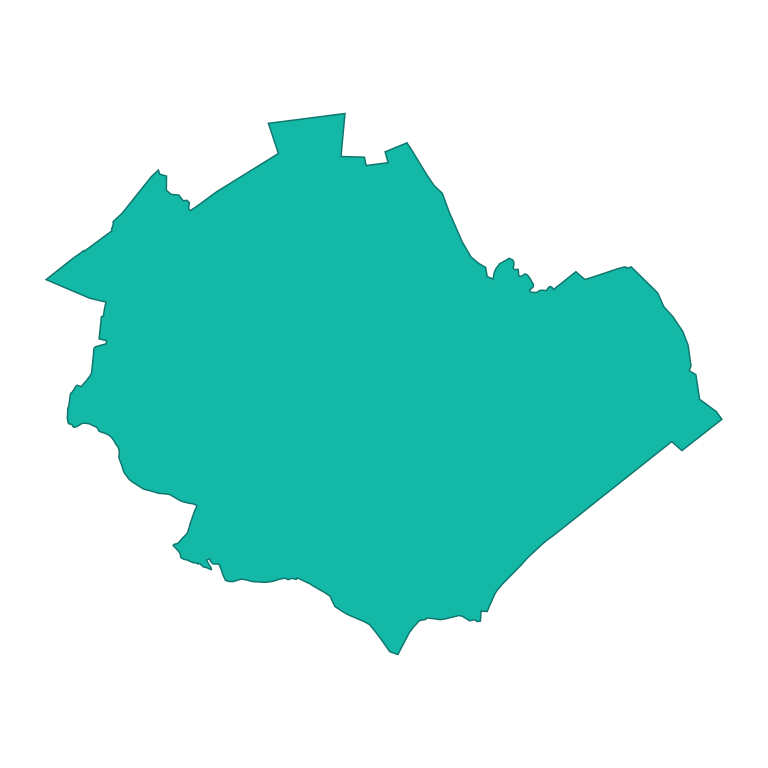 Dobreni, Neamt, Romania (Albers equal-area conic projection)
{"feature_id": "2599482B23692151151374", "entity_name": "Dobreni", "entity_type": "district", "adm_level": 2, "iso_a3": "ROU", "parent_name": "Romania", "parent_adm1": "Neamt", "projection": "albers", "projection_center": [26.4, 46.994], "detail": "fine", "context": "isolated", "style": "filled", "palette": "teal", "viewbox_px": 768, "rotation_deg": 0, "n_neighbors": 0, "source": "geoboundaries", "source_scale": "gbopen_adm2", "svg_char_len": 6003}
<svg xmlns="http://www.w3.org/2000/svg" viewBox="0 0 768 768"><path d="M716.3,411.6L699.6,399.3L695.9,374.7L689.2,370.7L691.0,365.9L688.1,345.2L682.8,331.5L672.8,316.6L663.8,306.7L657.7,292.9L631.2,266.9L626.9,268.3L626.2,267.2L624.1,267.0L621.6,267.8L618.5,268.5L593.6,276.8L585.1,279.5L582.9,277.8L579.9,275.4L575.9,271.7L553.6,289.5L552.2,287.6L550.3,286.5L548.7,287.4L547.6,288.7L546.8,290.7L544.8,290.4L541.8,290.2L539.4,290.5L537.9,291.8L535.8,292.7L534.7,292.4L533.3,292.2L532.2,292.4L530.7,292.0L529.6,289.9L531.7,288.4L533.3,286.7L533.5,284.5L532.5,283.1L530.4,279.0L527.7,275.3L526.7,274.5L525.8,274.2L525.0,274.1L524.1,274.3L523.6,274.7L522.8,275.5L521.0,276.4L519.8,276.1L518.7,275.3L518.2,269.4L514.4,269.6L513.5,268.7L513.3,267.2L513.8,265.4L513.9,262.2L512.8,260.1L509.2,258.3L499.5,263.9L495.8,268.9L494.2,272.6L493.1,279.1L490.2,277.8L487.2,276.7L485.6,267.4L482.4,265.5L479.0,263.6L471.1,257.1L462.2,241.9L448.9,211.3L442.3,193.3L434.1,185.6L427.0,175.1L410.0,147.3L407.9,144.5L407.1,142.8L385.1,151.8L388.1,162.7L366.2,165.5L364.4,157.2L341.0,156.5L345.0,113.5L268.4,123.3L278.4,153.5L216.7,191.7L198.1,205.4L190.4,210.6L188.6,208.5L189.4,202.7L186.8,200.3L183.3,200.8L178.7,195.0L171.4,194.4L166.4,190.4L166.5,176.1L159.7,174.2L158.4,170.1L151.2,176.8L122.1,213.3L113.1,221.6L113.3,223.9L112.6,226.4L111.6,229.0L111.8,230.9L83.9,251.5L83.6,250.8L72.4,258.8L46.1,279.6L72.3,290.8L89.5,298.2L106.0,302.1L104.6,308.3L103.3,316.3L101.4,316.7L99.1,338.9L101.5,339.5L106.6,340.6L106.2,343.7L105.7,344.0L102.1,344.9L95.9,346.7L94.7,347.4L93.9,348.9L93.6,351.5L93.6,352.9L92.0,369.2L91.4,373.4L89.8,376.3L88.7,377.5L87.2,379.6L86.1,381.3L84.6,382.5L81.4,386.6L77.3,385.3L75.7,386.5L73.7,389.8L73.4,390.3L72.4,391.8L72.1,392.2L70.8,393.3L70.4,394.2L68.9,405.2L68.7,406.2L67.7,408.6L67.7,409.6L67.7,410.9L67.6,413.4L67.5,414.8L67.5,415.5L67.5,415.8L67.4,416.6L67.5,416.8L67.4,417.1L67.2,417.6L67.9,421.2L68.1,422.3L68.1,422.7L68.2,422.9L68.4,423.3L68.7,423.6L68.9,423.8L69.3,423.9L70.0,424.1L70.9,424.2L71.5,424.3L71.9,424.5L72.1,425.0L72.4,425.7L72.6,426.0L73.1,426.6L73.4,426.9L73.7,427.1L74.4,427.2L74.9,427.1L76.1,426.8L77.3,426.3L81.5,423.8L82.3,423.5L82.8,423.3L83.9,423.2L84.3,423.2L85.2,423.2L88.4,423.7L89.8,424.0L93.3,425.8L95.1,426.5L95.7,426.8L96.4,427.2L96.9,427.7L97.5,428.4L98.3,429.7L98.8,430.7L98.9,431.0L99.4,431.3L100.5,431.8L105.3,433.4L106.6,434.0L108.3,434.8L109.0,435.2L109.6,435.6L110.8,436.7L111.8,437.8L113.1,439.6L114.4,441.4L114.6,441.9L115.1,443.0L115.7,443.9L117.1,445.8L117.8,446.9L118.2,447.4L118.6,448.3L118.9,449.4L119.0,450.1L119.1,450.7L119.3,452.4L119.3,453.0L119.3,453.6L119.2,454.2L119.1,454.7L119.0,455.5L118.9,456.9L118.9,457.5L119.1,458.3L120.4,461.9L120.8,462.6L120.9,463.1L122.1,466.5L122.3,466.8L122.5,467.5L122.7,468.5L123.1,470.0L123.5,471.1L124.4,473.0L125.2,474.1L126.3,475.3L126.9,476.1L127.9,477.8L128.5,478.5L129.5,479.7L130.7,480.7L132.5,482.1L133.4,482.7L134.8,483.5L137.3,485.2L138.3,485.8L140.0,486.8L141.2,487.7L143.0,488.7L143.8,489.1L144.7,489.4L151.8,491.2L153.3,491.7L158.4,493.2L159.4,493.4L161.0,493.5L162.8,493.7L164.3,493.8L166.7,494.0L168.3,494.3L170.1,494.7L170.8,495.1L171.5,495.6L172.8,496.4L173.6,496.7L175.9,498.2L180.1,500.5L182.0,501.4L183.3,501.8L185.6,502.3L188.1,503.1L191.1,503.5L193.2,503.9L195.0,504.6L196.9,505.5L196.3,507.4L194.9,510.1L193.5,513.9L192.7,516.4L192.5,516.8L191.7,519.4L191.0,521.2L189.8,524.9L189.2,527.5L188.8,528.6L188.4,529.7L188.2,530.7L188.0,531.3L187.9,531.8L187.4,532.8L187.1,533.1L186.5,534.1L185.5,535.2L184.6,536.0L182.7,538.0L182.1,538.6L179.8,541.3L178.5,542.7L178.2,543.0L177.4,543.4L176.0,543.9L175.0,544.1L174.1,544.4L173.8,544.6L173.5,544.9L173.3,545.1L173.2,545.3L173.2,545.5L173.3,545.7L174.4,546.7L176.4,548.9L178.0,550.6L178.8,551.6L179.2,552.2L179.5,552.7L180.2,554.1L180.4,554.7L180.5,554.9L180.5,555.3L180.5,556.1L180.5,556.6L180.7,557.2L180.9,557.5L181.5,558.0L182.0,558.4L183.1,558.9L184.0,559.3L184.8,559.5L186.1,559.7L187.3,560.0L188.1,560.4L189.0,560.9L190.0,561.3L191.8,562.1L193.4,562.7L193.8,562.8L194.7,562.7L195.5,562.9L195.9,563.0L196.8,563.1L197.0,563.2L197.2,563.3L197.5,563.6L197.7,564.0L197.9,564.1L198.2,564.0L198.4,563.8L198.7,563.6L199.4,563.6L199.7,563.7L200.1,563.8L200.4,564.1L200.7,564.4L202.4,566.1L202.7,566.4L203.3,566.8L203.8,567.0L204.9,567.3L206.3,567.5L207.6,568.0L208.6,568.6L209.2,568.9L210.3,569.3L211.4,569.5L211.3,568.9L211.1,568.3L210.8,567.5L210.6,567.0L209.5,565.2L209.0,564.5L207.3,561.5L206.6,560.1L208.2,559.4L209.2,559.0L209.9,559.2L210.2,560.8L212.1,563.2L212.8,563.7L213.6,564.0L215.4,564.1L218.8,564.0L219.5,565.5L220.2,567.1L221.6,570.7L221.9,571.6L222.4,573.5L223.1,575.3L223.8,576.9L224.2,577.7L225.5,580.3L226.1,580.5L227.8,581.2L228.7,581.4L229.6,581.5L231.3,581.6L233.0,581.5L235.0,581.0L237.5,580.3L240.5,579.2L241.0,579.2L242.3,579.3L245.4,579.7L247.5,580.2L250.1,581.0L252.3,581.5L253.1,581.6L257.1,581.9L260.0,582.0L262.1,582.1L263.8,582.3L266.7,582.2L267.7,582.1L269.5,581.8L271.9,581.5L276.3,580.3L277.6,579.8L279.7,579.1L281.7,578.8L283.4,578.5L284.7,578.4L285.5,578.3L285.9,578.4L286.6,578.8L287.5,579.5L287.9,579.7L288.1,579.7L290.7,578.7L291.4,578.5L292.0,578.4L292.9,578.6L295.3,579.2L296.4,579.3L296.7,578.9L296.7,578.7L296.7,578.2L296.8,578.1L296.9,577.9L297.1,577.9L297.5,578.0L298.6,578.4L300.7,579.5L301.7,579.9L310.9,584.3L311.7,584.7L311.9,585.3L323.9,592.1L330.0,596.1L334.8,606.4L342.6,611.6L347.8,614.6L364.4,621.7L369.8,624.8L376.7,633.4L380.5,638.5L389.8,651.7L397.9,654.5L409.7,631.9L411.0,630.6L412.6,628.1L419.5,620.5L425.6,619.5L427.0,617.9L436.0,619.0L440.3,619.7L445.3,618.9L459.0,615.5L462.2,616.2L469.7,620.8L474.0,619.7L475.7,620.3L476.9,621.5L480.4,621.1L481.1,611.1L487.1,611.5L488.6,608.2L489.4,606.1L491.5,601.5L494.6,594.4L496.9,590.7L502.1,584.4L521.4,564.8L525.6,560.0L527.7,557.7L530.1,555.4L532.2,553.5L542.3,544.1L546.9,540.2L551.8,536.7L555.7,533.7L572.5,520.4L598.6,499.6L671.7,441.6L681.9,450.6L721.9,419.3L716.3,411.6Z" fill="#14b8a6" stroke="#0f766e" stroke-width="1.5"/></svg>